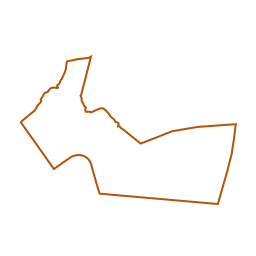 the district of Suba North, Nyanza, Kenya, rotated 185°
{"feature_id": "3690345B53890832325743", "entity_name": "Suba North", "entity_type": "district", "adm_level": 2, "iso_a3": "KEN", "parent_name": "Kenya", "parent_adm1": "Nyanza", "projection": "albers", "projection_center": [34.283, -0.505], "detail": "fine", "context": "isolated", "style": "outline", "palette": "amber", "viewbox_px": 256, "rotation_deg": 185, "n_neighbors": 0, "source": "geoboundaries", "source_scale": "gbopen_adm2", "svg_char_len": 2856}
<svg xmlns="http://www.w3.org/2000/svg" viewBox="0 0 256 256"><g transform="rotate(185 128 128)"><path d="M31.9,60.1L25.5,92.8L24.4,99.6L23.2,106.8L22.3,112.0L22.2,117.3L21.6,124.2L21.3,133.6L20.9,141.2L58.9,135.1L65.0,133.5L70.1,132.2L83.8,128.6L88.2,126.4L98.0,121.5L106.3,117.4L114.1,113.6L132.5,126.0L133.6,126.6L134.6,127.1L135.3,127.4L135.7,128.2L136.5,128.6L138.1,128.7L138.0,129.7L137.7,130.6L137.7,131.4L138.3,132.2L139.3,132.6L140.1,132.8L141.1,132.9L141.5,133.8L142.3,134.9L143.5,136.0L146.0,137.5L147.7,139.7L148.9,141.0L151.2,143.2L154.3,145.3L155.8,145.3L157.2,145.1L158.6,144.5L160.2,143.6L161.1,143.2L162.7,142.3L164.2,141.5L165.2,140.8L166.1,140.4L166.7,140.6L167.5,140.8L168.4,140.8L169.3,140.8L170.2,140.6L171.0,140.5L171.6,140.6L171.7,141.0L171.8,141.5L172.1,142.1L172.3,142.7L172.0,143.6L171.7,144.6L172.2,145.0L172.6,145.4L173.4,146.0L174.0,147.0L174.4,147.9L174.7,148.4L174.9,148.8L175.3,149.1L175.5,149.4L175.8,149.9L176.3,150.5L176.7,151.3L176.6,152.4L176.7,153.0L176.8,153.7L177.0,154.1L177.4,154.5L177.8,155.3L178.1,156.1L177.6,156.8L177.2,159.1L171.1,195.9L173.7,194.3L175.2,194.1L176.7,193.7L178.5,193.3L179.6,193.1L180.5,192.9L181.5,192.7L182.9,192.4L184.4,192.0L185.7,191.8L187.2,191.3L188.2,190.9L189.2,190.6L190.2,190.3L191.5,190.0L193.0,189.6L194.5,188.9L194.9,187.6L194.9,186.1L194.9,184.7L195.0,183.3L195.0,182.2L195.1,181.1L195.5,179.5L195.8,177.9L196.0,177.4L196.2,176.9L196.7,175.8L196.9,174.8L197.5,173.3L197.9,172.2L198.2,171.1L199.1,169.8L199.7,168.3L200.0,167.0L200.6,165.7L201.0,165.4L202.0,164.8L202.2,163.5L201.9,163.2L201.3,162.2L201.7,161.7L202.7,161.7L203.1,161.8L203.4,161.8L204.4,161.8L204.9,161.8L205.5,161.7L206.7,161.6L207.8,161.2L208.1,161.0L208.4,160.8L209.2,160.1L209.9,159.3L210.5,158.1L211.0,157.1L211.9,156.6L212.8,156.3L213.2,156.0L213.6,155.8L214.4,155.1L214.9,154.1L215.1,153.7L215.2,153.4L215.6,152.5L215.8,152.0L216.0,151.5L216.4,150.8L216.8,150.1L217.0,149.5L217.5,148.9L217.3,148.5L216.7,147.7L216.9,146.9L217.4,145.9L218.2,144.8L218.5,144.4L218.8,144.1L219.9,142.9L220.3,142.0L220.7,141.1L221.0,140.4L221.5,139.2L222.0,138.2L222.7,137.1L233.2,126.8L234.2,125.8L235.1,124.2L231.0,119.3L220.5,107.0L198.3,80.7L195.0,83.4L188.3,89.1L186.2,90.8L182.8,93.6L182.2,94.1L181.5,94.6L180.3,95.2L179.1,95.7L178.6,95.9L178.1,96.0L177.2,96.3L176.8,96.4L176.4,96.5L175.1,96.7L173.8,96.8L172.2,96.7L171.5,96.6L171.1,96.6L170.2,96.4L169.3,96.1L168.3,95.7L167.1,95.1L166.1,94.5L165.0,93.6L164.4,93.0L164.1,92.7L163.8,92.4L163.0,91.4L162.4,90.4L161.8,89.2L159.9,84.1L159.1,82.0L158.2,79.5L157.0,76.6L154.8,70.6L153.8,68.2L153.7,67.9L153.5,67.4L153.1,66.3L152.7,65.4L152.4,64.6L152.1,63.8L151.8,63.1L151.4,62.2L151.1,61.4L150.9,60.9L150.6,60.2L138.6,60.1L114.3,60.1L111.6,60.1L109.3,60.1L98.9,60.1L90.8,60.1L70.2,60.1L44.7,60.1L33.0,60.1L31.9,60.1Z" fill="none" stroke="#b45309" stroke-width="2"/></g></svg>